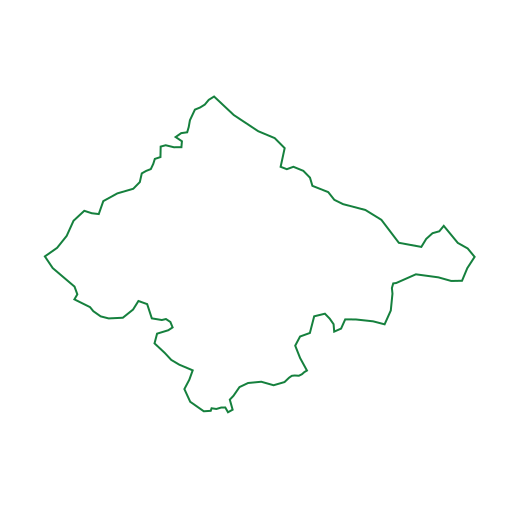 the border of Stara Zagora, rotated 320°
{"feature_id": "BGR-2233", "entity_name": "Stara Zagora", "entity_type": "Province", "adm_level": 1, "iso_a3": "BGR", "parent_name": "Bulgaria", "parent_adm1": "", "projection": "mercator", "projection_center": [25.503, 42.404], "detail": "fine", "context": "isolated", "style": "outline", "palette": "green", "viewbox_px": 512, "rotation_deg": 320, "n_neighbors": 0, "source": "natural_earth", "source_scale": "10m", "svg_char_len": 1718}
<svg xmlns="http://www.w3.org/2000/svg" viewBox="0 0 512 512"><g transform="rotate(320 256 256)"><path d="M127.4,218.0L114.3,217.7L103.0,209.1L98.2,202.4L95.9,193.7L96.0,188.5L89.0,172.5L94.5,170.5L97.3,162.8L92.5,134.6L94.0,120.6L108.9,121.9L123.9,118.9L138.9,111.7L153.5,111.0L157.7,117.7L162.5,122.8L174.3,115.8L190.0,118.9L205.2,125.6L214.5,124.7L221.6,119.3L226.5,120.2L231.3,121.8L236.5,119.4L240.9,116.6L246.4,118.8L253.3,110.9L258.0,113.1L263.0,119.9L268.8,124.7L273.0,120.5L270.9,113.2L277.7,113.8L282.8,117.0L287.3,114.0L292.7,109.5L303.3,104.6L308.6,106.3L314.1,107.1L320.2,106.0L326.4,106.9L329.6,133.8L337.9,161.8L346.1,177.7L347.3,191.8L332.2,203.5L335.4,209.3L342.0,211.7L347.0,221.2L347.7,230.7L344.3,238.5L352.4,253.5L352.1,263.3L356.0,272.2L369.4,291.1L375.3,308.9L373.9,337.7L388.5,355.3L397.4,352.3L405.9,352.0L412.3,354.9L419.2,353.6L419.0,375.7L423.0,386.3L422.9,397.2L410.1,401.1L397.9,407.4L389.5,400.6L382.0,389.6L366.7,372.8L346.0,366.8L343.5,365.2L339.5,367.9L336.3,372.6L324.2,384.4L310.6,391.0L303.7,381.3L291.7,368.8L283.6,361.9L274.5,366.3L267.3,364.2L271.6,358.1L272.2,351.3L271.7,344.5L261.8,339.6L247.8,349.6L238.0,346.0L228.4,349.9L224.2,362.5L221.4,376.5L218.4,376.0L215.2,376.1L211.9,375.3L208.7,372.3L206.4,370.8L203.1,370.5L196.8,370.9L186.4,366.3L179.2,355.7L168.3,348.2L159.1,345.8L148.9,348.6L143.6,349.2L139.3,358.7L134.1,357.7L135.1,352.3L131.9,349.7L127.3,347.7L124.1,344.1L121.8,345.5L116.2,341.4L111.9,325.4L115.6,311.9L125.4,307.9L134.0,302.9L127.4,290.0L124.3,281.2L123.8,271.6L122.1,257.7L130.3,251.9L141.1,256.5L146.2,257.1L148.0,251.5L146.5,246.4L142.7,244.5L136.1,236.8L141.7,222.9L137.0,214.9L127.4,218.0Z" fill="none" stroke="#15803d" stroke-width="2"/></g></svg>